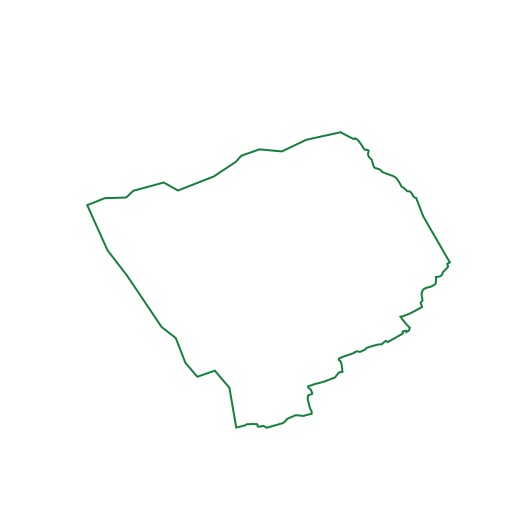 Hampshire, West Virginia, United States of America (Mercator projection), rotated 34°
{"feature_id": "52423323B8866433924767", "entity_name": "Hampshire", "entity_type": "district", "adm_level": 2, "iso_a3": "USA", "parent_name": "United States of America", "parent_adm1": "West Virginia", "projection": "mercator", "projection_center": [-78.488, 39.314], "detail": "fine", "context": "isolated", "style": "outline", "palette": "green", "viewbox_px": 512, "rotation_deg": 34, "n_neighbors": 0, "source": "geoboundaries", "source_scale": "gbopen_adm2", "svg_char_len": 2083}
<svg xmlns="http://www.w3.org/2000/svg" viewBox="0 0 512 512"><g transform="rotate(34 256 256)"><path d="M257.1,105.9L232.8,131.4L219.0,154.8L199.2,165.7L187.8,181.0L186.6,189.3L176.5,213.7L154.7,245.3L138.4,246.7L117.8,270.6L115.6,280.2L98.4,292.5L87.6,308.2L129.7,334.3L159.9,344.3L217.3,367.6L235.4,368.9L257.3,384.1L274.9,388.9L286.0,374.1L307.6,380.1L335.5,409.2L337.5,407.3L341.9,402.1L342.3,400.8L348.1,396.5L351.1,394.8L351.7,395.1L352.7,396.4L353.9,395.9L355.4,394.6L355.8,393.9L357.3,392.7L360.9,392.4L371.6,379.7L372.5,377.5L373.1,373.2L378.0,365.7L385.0,361.9L385.7,360.8L390.4,355.7L388.7,353.4L386.1,352.2L378.5,345.4L377.3,342.3L379.6,339.0L379.3,338.2L376.1,336.2L373.1,335.9L372.0,335.0L372.9,333.8L375.5,330.5L376.0,329.8L376.7,328.9L377.7,327.8L379.8,325.5L382.9,321.8L389.4,312.5L389.7,307.9L390.1,305.7L392.5,303.9L392.5,303.7L387.6,298.0L384.7,295.9L383.9,296.1L382.6,295.6L382.1,294.7L384.9,290.3L390.9,282.5L391.4,281.6L391.2,281.3L393.0,278.5L395.8,277.4L398.2,273.6L399.1,271.6L399.1,270.3L399.8,269.3L405.6,262.3L407.3,260.6L409.6,258.9L410.9,254.0L412.6,253.6L413.4,253.7L413.9,252.6L420.6,239.2L421.0,237.9L419.9,236.8L420.0,236.3L422.0,234.1L422.6,234.0L423.2,234.9L424.3,232.8L424.4,231.9L423.6,229.5L419.3,228.6L412.2,226.5L409.8,225.5L412.0,223.1L416.1,217.1L422.2,205.4L418.6,202.7L418.9,199.7L414.5,195.0L413.4,191.7L413.7,189.3L415.1,187.0L418.0,183.8L419.5,181.2L420.4,179.0L419.7,176.8L416.9,172.8L419.8,170.2L420.4,168.8L420.7,166.8L420.0,165.4L420.2,163.4L420.8,161.4L421.2,157.4L418.9,155.5L420.2,152.9L372.6,129.7L356.3,118.3L354.9,118.8L353.4,118.7L349.9,116.9L348.2,116.5L347.3,116.6L345.2,117.7L340.3,116.9L338.1,117.1L332.6,114.4L328.6,112.9L325.1,113.0L315.3,115.5L313.4,115.7L312.1,115.2L309.8,115.1L305.1,116.5L304.6,116.4L304.1,116.2L301.6,114.5L298.3,111.6L294.0,110.7L293.9,110.6L292.1,109.2L291.4,108.1L290.9,106.3L290.5,105.8L289.5,105.6L288.5,105.9L287.0,107.0L284.2,106.4L283.6,105.9L279.6,104.2L275.1,102.8L272.2,103.1L272.1,104.0L271.0,104.5L257.8,106.1L257.1,105.9Z" fill="none" stroke="#15803d" stroke-width="2"/></g></svg>